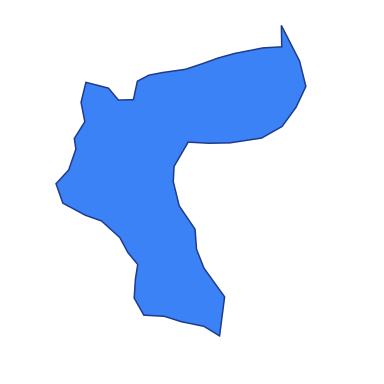 outline of Kourou Monastiri, Cyprus, rotated 349°
{"feature_id": "46923920B54534863217064", "entity_name": "Kourou Monastiri", "entity_type": "district", "adm_level": 2, "iso_a3": "CYP", "parent_name": "Cyprus", "parent_adm1": "", "projection": "albers", "projection_center": [33.557, 35.22], "detail": "fine", "context": "isolated", "style": "filled", "palette": "blue", "viewbox_px": 384, "rotation_deg": 349, "n_neighbors": 0, "source": "geoboundaries", "source_scale": "gbopen_adm2", "svg_char_len": 746}
<svg xmlns="http://www.w3.org/2000/svg" viewBox="0 0 384 384"><g transform="rotate(349 192 192)"><path d="M86.7,117.0L86.2,127.7L75.2,146.8L60.1,157.9L63.1,178.3L82.9,194.5L97.7,203.2L112.5,223.0L117.5,239.2L124.9,252.8L119.9,266.5L115.0,285.1L121.2,303.7L141.0,308.7L157.0,317.4L178.0,326.1L191.6,338.5L204.0,301.2L189.2,269.0L185.5,249.1L187.9,229.2L176.8,203.2L175.6,178.3L179.3,163.4L197.8,142.3L217.6,147.3L238.6,151.0L270.7,152.3L293.0,144.8L310.3,128.7L323.9,110.1L322.6,84.0L316.5,62.9L311.5,45.5L307.8,66.6L289.2,64.1L260.8,64.1L243.5,65.4L227.5,67.9L208.9,70.3L185.5,69.1L171.9,69.1L159.5,72.8L152.1,90.2L137.3,87.7L129.8,74.1L108.8,64.1L100.2,82.8L100.2,102.6L86.7,117.0Z" fill="#3b82f6" stroke="#1e3a8a" stroke-width="1.5"/></g></svg>